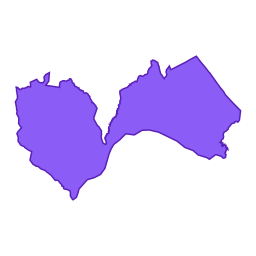 Atiwa East, Eastern, Ghana
{"feature_id": "2480657B7526405183619", "entity_name": "Atiwa East", "entity_type": "district", "adm_level": 2, "iso_a3": "GHA", "parent_name": "Ghana", "parent_adm1": "Eastern", "projection": "natural_earth1", "projection_center": [-0.69, 6.396], "detail": "fine", "context": "isolated", "style": "filled", "palette": "violet", "viewbox_px": 256, "rotation_deg": 0, "n_neighbors": 0, "source": "geoboundaries", "source_scale": "gbopen_adm2", "svg_char_len": 5735}
<svg xmlns="http://www.w3.org/2000/svg" viewBox="0 0 256 256"><path d="M169.3,66.0L168.7,66.9L168.5,67.6L168.0,67.8L167.6,68.5L167.3,68.7L167.1,69.2L166.5,69.7L166.5,70.6L166.1,71.4L166.2,72.8L166.8,74.5L166.7,75.3L165.7,76.8L164.3,78.0L164.1,78.6L162.8,76.8L162.7,76.4L162.0,75.5L161.8,74.9L161.0,74.1L160.6,73.5L160.3,72.0L159.8,71.1L159.8,70.4L159.2,68.1L159.1,66.7L159.0,66.2L158.6,65.9L157.7,62.5L154.3,60.4L153.5,60.4L153.0,60.1L152.4,60.1L151.7,61.0L151.0,61.2L150.9,61.5L151.3,62.5L151.2,63.8L151.5,64.4L151.6,65.1L151.8,65.8L151.3,66.2L151.1,66.7L150.1,67.8L149.2,68.5L148.1,70.8L147.9,71.6L147.9,72.7L147.1,74.0L146.0,74.6L145.0,74.6L144.3,75.3L142.8,76.4L140.4,75.5L138.9,76.3L138.3,77.3L136.8,81.7L135.2,81.2L133.9,82.2L132.1,82.9L130.4,84.3L129.9,84.3L130.1,84.6L129.8,84.5L129.8,85.3L128.7,85.7L128.4,86.5L127.5,87.0L127.4,87.3L122.7,89.1L119.9,91.0L119.9,93.3L120.8,97.9L120.5,99.2L120.6,99.9L120.4,100.4L120.0,100.7L120.1,101.2L119.9,101.4L119.8,101.8L119.8,102.1L120.2,102.8L120.1,103.6L120.1,103.8L119.5,103.9L119.0,104.6L118.5,105.1L118.4,105.3L118.7,105.6L119.0,106.6L118.9,106.9L118.6,107.1L118.6,108.4L118.4,108.6L118.1,108.5L117.7,108.7L117.8,109.0L117.5,109.2L117.6,109.5L117.4,110.0L117.6,110.1L117.7,110.3L117.1,110.9L117.1,111.3L116.8,111.1L116.7,112.1L117.1,112.6L117.1,112.9L116.7,113.1L116.6,113.3L116.7,113.6L117.2,113.8L116.1,114.9L116.3,115.2L116.3,115.6L116.1,115.9L116.2,116.4L116.0,116.6L115.3,116.7L115.2,117.1L114.6,117.1L114.5,117.3L114.3,117.3L114.0,118.0L113.2,118.1L113.1,118.7L112.7,118.9L113.0,119.5L112.8,119.7L112.6,119.6L112.0,119.9L112.0,120.2L111.7,120.4L111.7,120.6L112.0,120.9L111.7,121.6L111.2,121.7L111.0,122.4L110.4,122.7L110.6,123.3L110.2,124.2L109.7,124.3L110.1,124.6L110.0,125.0L110.3,125.0L109.7,126.3L109.0,126.6L108.8,127.7L108.6,128.0L108.8,128.3L108.7,128.5L108.7,129.0L109.2,129.2L109.4,129.6L109.0,130.1L109.0,130.3L108.7,130.4L108.9,131.3L108.5,131.2L108.4,131.3L108.5,131.9L108.8,132.4L108.8,132.6L108.5,132.6L108.4,132.8L108.6,133.1L108.5,133.4L106.8,133.9L107.0,134.7L106.7,135.1L106.4,135.0L105.8,136.0L105.8,136.9L105.1,137.2L105.0,137.5L105.0,138.6L105.3,139.0L105.2,139.2L105.4,139.3L105.3,139.7L106.1,140.9L106.0,141.5L106.4,142.8L106.1,143.1L106.3,143.8L105.5,144.4L103.2,143.3L101.7,139.6L101.1,136.0L101.6,134.5L101.3,133.1L101.5,131.4L101.3,130.5L100.3,129.1L98.8,126.6L97.4,125.6L94.0,119.4L93.8,117.9L97.0,108.4L95.5,105.5L93.0,102.6L91.9,102.6L92.0,101.4L90.7,99.4L90.0,97.9L89.6,97.4L89.8,96.5L88.6,95.4L88.4,94.6L88.1,94.4L87.6,93.8L86.4,92.9L85.6,92.9L84.7,93.3L84.1,93.1L83.2,91.4L83.3,91.1L82.1,90.5L81.4,90.7L81.3,90.3L81.0,90.1L80.7,90.2L80.4,90.0L80.3,89.8L80.0,89.8L79.6,89.5L79.2,89.0L78.9,88.1L78.6,88.5L78.4,88.1L77.9,87.9L77.3,87.2L76.8,87.1L76.4,86.8L75.7,86.7L75.2,86.3L74.6,86.2L74.6,85.8L74.3,85.5L74.6,85.1L74.0,84.3L73.9,83.5L73.7,83.3L73.1,83.3L72.6,82.7L72.2,82.5L71.9,80.5L71.4,79.9L71.1,79.2L70.8,78.9L70.2,78.7L69.5,78.8L69.1,80.1L68.3,80.3L67.7,80.3L66.3,81.2L65.9,81.2L64.2,80.7L63.1,80.7L62.5,80.9L61.7,81.4L60.6,81.8L60.1,82.4L59.7,83.4L59.8,84.1L59.4,85.4L59.6,87.4L45.7,85.3L48.7,81.3L49.4,72.6L45.9,74.5L45.4,75.0L44.5,76.2L44.0,77.1L44.5,80.5L44.3,81.0L42.8,82.9L41.8,82.7L41.0,82.8L39.4,82.4L38.9,82.1L38.0,81.1L36.7,79.3L30.3,82.3L30.7,86.8L29.6,87.0L28.7,86.5L27.8,86.5L27.3,86.8L26.3,87.7L25.5,87.8L24.9,88.1L24.6,88.1L24.2,88.4L22.8,88.2L22.6,88.4L22.2,88.3L21.3,88.9L20.9,89.4L20.6,89.6L19.7,89.5L19.5,89.1L19.2,89.0L18.4,88.4L17.9,87.6L17.5,87.6L17.0,87.2L16.1,87.2L16.5,88.6L16.6,91.2L17.0,92.3L17.0,93.5L17.4,95.7L17.5,96.4L17.3,96.9L17.6,97.7L17.4,98.4L15.4,101.9L16.5,107.5L16.7,110.3L17.2,111.3L16.6,113.6L18.4,116.9L18.8,118.3L18.7,122.9L18.6,123.2L18.6,123.5L19.8,125.4L20.0,125.9L21.5,127.7L18.1,131.5L16.9,133.6L18.2,137.1L18.2,138.3L18.1,141.1L18.4,141.8L19.6,143.2L20.2,144.5L21.4,145.5L24.2,146.6L24.7,147.5L29.3,150.6L30.1,150.8L31.7,151.6L30.0,160.1L33.2,164.5L33.9,164.7L36.1,166.2L38.0,166.4L40.8,168.8L45.3,170.6L47.1,172.3L48.5,173.2L51.0,175.2L55.3,180.4L57.3,180.2L58.1,180.6L58.9,181.5L60.3,183.3L61.7,184.5L61.8,186.0L63.5,186.6L63.5,188.2L64.3,189.0L67.2,189.5L70.0,190.9L70.4,192.9L70.4,195.8L71.0,197.1L72.3,199.1L73.1,199.8L76.4,197.3L78.0,192.9L79.0,189.0L87.3,179.7L94.4,177.6L100.6,174.4L104.9,168.4L109.0,154.1L111.2,148.8L113.7,144.5L120.1,139.5L125.7,133.8L134.3,134.9L142.1,130.3L149.2,130.0L158.7,132.2L177.2,141.2L184.8,147.4L193.2,150.6L198.1,154.9L207.3,157.8L209.4,159.3L215.7,154.6L216.7,155.0L217.3,154.9L218.5,155.4L221.4,156.4L223.1,158.1L224.5,158.0L225.2,157.5L225.6,157.2L225.8,155.6L225.6,155.2L226.0,154.6L225.1,153.6L225.0,152.7L225.6,152.4L225.5,151.5L226.1,150.9L226.1,150.1L227.4,149.3L227.8,149.5L227.7,149.2L227.3,149.2L227.1,148.7L227.1,148.4L227.5,148.4L227.6,148.2L227.4,148.0L226.7,148.2L226.7,147.8L227.0,147.4L226.9,147.3L226.1,147.7L225.8,147.5L225.7,146.8L226.0,145.4L225.2,145.3L224.6,145.0L224.4,144.8L224.7,144.5L224.7,144.3L224.2,144.5L224.0,144.9L223.8,144.6L223.6,144.7L223.0,145.6L222.9,146.2L222.3,146.3L221.9,146.2L222.0,145.3L221.7,144.9L222.3,144.2L222.1,143.5L222.8,143.3L222.9,143.0L222.6,142.9L222.0,143.2L221.8,143.1L221.6,142.6L221.3,142.7L221.0,142.6L220.8,142.9L220.4,142.7L221.0,142.5L220.7,142.1L221.3,141.6L221.0,141.3L221.4,140.9L221.3,140.2L222.2,139.3L223.0,138.9L223.4,137.7L223.6,136.7L223.5,135.9L223.2,134.5L223.9,132.5L224.2,132.1L226.0,131.2L228.3,129.1L228.2,128.6L228.4,127.8L230.7,125.0L230.9,124.4L231.4,124.2L232.3,123.4L234.6,122.9L235.0,121.7L236.4,121.4L237.8,122.1L238.5,121.4L239.4,120.1L240.6,110.7L233.1,103.1L225.1,94.5L223.6,91.6L220.1,87.4L218.5,85.2L209.7,72.8L209.3,72.6L205.7,67.9L200.8,62.1L196.3,56.2L190.2,59.5L185.6,62.2L170.9,69.7L169.3,66.0Z" fill="#8b5cf6" stroke="#5b21b6" stroke-width="1.5"/></svg>